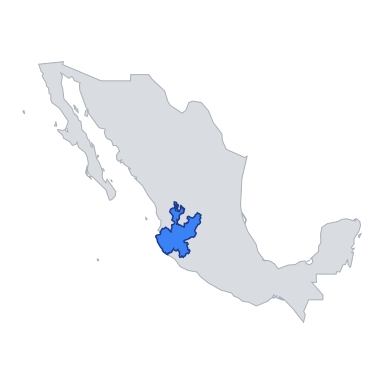 location of Jalisco within Mexico
{"feature_id": "MEX-2719", "entity_name": "Jalisco", "entity_type": "State", "adm_level": 1, "iso_a3": "MEX", "parent_name": "Mexico", "parent_adm1": "", "projection": "equal_earth", "projection_center": [-103.449, 20.863], "detail": "fine", "context": "in_parent", "style": "filled", "palette": "blue", "viewbox_px": 384, "rotation_deg": 0, "n_neighbors": 0, "source": "natural_earth", "source_scale": "10m", "svg_char_len": 9338}
<svg xmlns="http://www.w3.org/2000/svg" viewBox="0 0 384 384"><path d="M38.7,64.2L63.6,61.7L62.4,64.5L101.1,80.8L130.5,80.8L130.7,74.6L148.9,74.7L152.0,79.1L164.7,91.1L167.8,101.3L170.1,105.2L182.1,113.2L185.9,110.2L188.8,102.7L192.4,101.1L201.1,102.4L208.4,110.7L213.3,122.7L221.8,133.7L222.4,140.6L226.2,149.3L244.7,157.5L247.1,156.2L241.9,178.6L240.5,205.7L241.4,211.5L246.4,219.4L245.4,223.6L245.6,219.4L241.5,212.7L242.9,218.8L247.9,231.7L256.0,244.0L258.0,251.7L263.7,259.6L262.1,259.4L265.3,261.3L264.3,260.1L270.2,261.1L274.4,263.8L278.2,268.9L288.0,265.1L295.3,264.5L300.1,261.5L305.1,260.9L306.2,262.0L305.9,263.6L310.0,264.7L312.8,262.2L312.0,258.2L310.6,259.2L310.9,258.4L318.4,251.6L318.7,246.1L320.8,242.9L320.6,234.0L321.9,227.4L327.5,223.6L337.6,221.6L342.0,219.3L346.9,218.8L355.2,221.1L355.8,219.6L353.7,219.6L356.4,218.6L359.8,221.5L360.5,225.4L359.1,230.7L354.0,238.8L354.0,244.2L351.4,247.4L351.9,248.6L354.3,248.2L351.9,251.6L352.0,253.0L353.6,252.5L350.8,266.2L350.0,267.4L348.1,264.3L347.6,259.2L345.4,264.5L342.9,264.9L340.0,271.9L336.4,271.8L336.2,274.1L316.2,274.1L316.4,282.4L311.8,282.3L323.0,295.1L322.8,299.8L308.6,299.8L303.7,311.5L305.2,314.5L303.6,322.3L293.1,309.0L284.7,300.0L279.6,296.6L279.0,297.5L283.8,300.5L276.5,297.8L276.9,295.7L275.0,296.6L273.8,294.7L272.5,296.7L275.0,297.7L271.3,298.2L267.7,301.2L256.3,306.0L248.8,302.2L242.6,301.3L238.3,297.8L234.1,296.3L231.4,292.9L221.2,290.2L208.5,283.1L200.3,276.5L196.8,272.0L188.2,270.5L180.1,266.6L175.0,259.3L163.9,252.2L158.0,242.5L156.0,236.5L160.4,233.7L159.7,231.2L157.7,230.4L160.7,225.8L161.0,220.5L158.6,218.6L156.3,213.3L156.4,208.3L154.8,204.0L148.3,195.8L142.7,185.9L133.9,177.5L136.4,179.1L136.6,177.2L131.9,175.4L128.5,168.7L130.9,168.9L124.1,164.4L123.2,162.2L120.6,163.0L120.2,162.0L122.2,159.4L118.8,161.4L116.8,159.5L116.5,155.2L119.0,151.3L119.8,152.0L118.2,148.0L116.1,145.5L113.2,145.6L111.3,140.3L107.8,139.1L105.7,136.9L104.3,132.2L105.3,129.2L99.1,127.8L88.5,113.0L88.0,109.5L86.4,108.4L79.8,90.2L79.4,84.7L80.2,82.9L74.3,80.5L73.0,77.6L71.1,76.6L68.9,78.3L61.0,72.9L62.3,76.4L61.1,83.2L62.7,88.6L63.9,98.9L71.9,108.1L74.4,114.3L75.7,114.0L76.3,115.9L77.5,116.1L78.5,120.1L80.8,121.3L82.0,129.8L86.2,134.0L87.5,138.8L89.4,140.3L90.8,146.0L92.5,147.4L91.6,143.1L93.9,145.6L96.6,158.6L99.2,162.4L102.7,171.8L102.1,175.8L102.9,179.3L105.9,182.8L107.1,179.3L115.9,191.7L115.1,196.3L111.5,199.8L109.5,200.2L105.9,189.9L92.0,176.3L90.7,176.5L87.9,172.2L87.4,169.3L88.3,162.9L87.2,156.9L85.2,152.6L78.5,147.3L77.2,142.2L75.9,144.4L72.4,145.4L69.9,141.9L63.6,138.3L62.7,135.3L58.1,131.0L57.7,129.5L62.6,130.4L65.5,129.1L65.4,130.5L67.8,131.9L67.0,128.4L65.9,128.2L68.4,121.3L59.5,108.3L52.0,102.7L50.8,99.8L50.9,95.0L49.1,93.5L48.6,88.1L46.3,85.8L46.0,82.5L42.8,77.5L42.3,75.2L43.5,73.6L41.2,71.5L38.7,64.2ZM88.1,113.2L87.2,116.5L84.7,115.4L85.8,110.4L87.3,109.9L88.1,113.2ZM78.1,112.5L74.6,108.9L73.8,105.2L75.6,106.4L75.9,108.5L77.7,109.0L78.1,112.5ZM359.2,237.7L358.3,236.6L358.7,235.0L361.0,233.7L359.2,237.7ZM88.0,176.4L85.5,172.9L87.1,165.8L86.6,172.2L88.0,176.4ZM56.4,126.3L54.5,125.8L55.9,122.1L56.7,124.9L56.4,126.3ZM24.6,114.1L23.0,111.7L23.4,110.6L24.0,110.7L24.6,114.1ZM90.1,176.5L91.6,179.3L88.4,176.6L90.1,176.5ZM147.1,218.7L146.7,219.9L145.9,219.4L145.6,217.5L147.1,218.7ZM103.8,169.3L104.3,171.5L102.7,168.7L103.8,169.3ZM97.8,155.1L98.7,156.0L97.3,158.0L97.8,155.1ZM98.7,260.5L98.0,260.8L97.1,259.9L97.9,258.7L98.7,260.5ZM308.6,261.0L306.9,261.5L309.9,260.3L308.6,261.0ZM112.1,181.6L111.2,181.4L111.1,179.3L112.1,181.6Z" fill="#d9dde1" stroke="#a8b0b8" stroke-width="1"/><path d="M167.6,254.6L167.1,254.4L166.7,254.2L166.5,253.7L166.2,253.6L166.1,253.4L165.4,253.5L165.3,253.4L165.4,252.6L165.3,252.4L165.2,252.4L164.8,252.6L164.6,252.5L163.6,252.1L163.3,251.7L163.0,251.4L162.9,250.7L162.8,250.4L162.4,250.2L162.5,249.8L162.5,249.6L162.3,249.3L162.2,248.5L161.9,248.2L161.5,248.2L160.5,247.0L160.0,246.2L159.4,245.0L159.1,244.6L159.0,244.3L158.6,243.8L158.4,243.5L158.2,242.9L157.5,241.7L157.3,240.8L157.3,240.2L157.2,239.2L156.8,238.6L156.4,237.8L156.1,237.6L155.7,236.2L155.8,236.0L157.0,235.0L157.5,235.0L158.3,235.0L158.6,234.8L159.7,234.7L160.0,234.4L160.1,234.1L160.4,234.0L160.6,233.6L160.7,233.4L160.7,232.9L160.5,232.6L160.2,232.4L160.1,232.2L160.4,232.0L160.6,231.5L161.1,230.6L161.9,229.2L162.2,228.8L162.6,228.5L162.8,228.5L162.9,228.8L163.0,228.8L163.2,228.6L163.5,228.7L164.1,228.6L164.6,228.2L165.0,227.7L165.5,227.3L165.9,227.3L166.2,227.4L167.2,228.5L167.4,228.7L168.2,228.8L168.4,228.9L168.9,229.8L169.1,230.0L169.8,230.6L170.0,230.8L170.3,231.3L171.0,231.8L171.0,231.5L171.0,230.5L171.2,229.6L171.8,228.0L171.8,227.7L171.9,226.6L171.8,226.0L171.7,225.1L171.9,224.7L172.4,224.6L173.2,224.6L173.5,224.5L173.7,224.4L174.4,223.4L174.5,223.2L174.5,222.5L174.6,222.3L174.7,222.1L173.3,221.1L171.8,220.0L172.3,219.3L172.4,218.9L172.7,217.5L173.1,216.2L172.4,215.2L171.8,214.3L170.1,212.4L169.9,212.1L169.8,211.8L170.6,209.3L172.2,208.3L172.7,208.1L173.8,208.0L174.5,207.8L174.6,207.7L174.9,206.0L174.9,205.7L174.3,205.0L174.2,204.8L174.3,201.9L176.5,202.5L176.4,203.5L176.3,204.1L176.2,204.4L175.8,204.7L175.7,204.9L175.8,205.8L175.7,206.0L175.3,206.3L175.3,206.5L175.6,207.2L175.6,207.4L175.3,208.1L175.3,208.4L175.3,208.9L175.4,209.8L175.6,210.4L175.7,210.5L176.7,205.0L176.9,204.4L177.1,204.3L177.2,204.5L178.0,204.6L177.9,205.1L178.0,205.2L178.3,205.4L178.4,205.5L178.3,205.9L178.1,206.1L177.9,206.8L177.5,208.4L177.5,208.6L177.8,209.6L177.8,209.9L177.6,210.7L177.6,211.1L177.8,211.4L178.0,211.4L178.3,211.4L178.7,210.9L178.8,210.9L179.3,211.0L179.5,211.3L179.6,211.1L179.9,210.0L180.1,209.6L180.5,209.3L180.6,208.7L180.7,208.3L181.0,208.0L181.1,207.9L180.7,207.6L180.6,207.4L180.3,207.1L180.6,206.3L180.9,205.6L182.3,207.0L182.9,207.6L183.0,207.7L182.9,208.4L183.5,208.2L183.8,208.3L183.9,208.8L184.3,208.7L184.5,208.9L184.4,209.4L184.1,210.3L183.9,210.4L183.5,210.6L183.5,211.0L183.8,211.1L184.0,211.3L184.0,211.6L183.9,212.0L183.5,212.3L183.2,213.1L183.1,213.3L182.7,213.4L182.1,213.2L181.8,213.3L181.5,213.8L181.4,213.9L180.8,214.0L180.6,214.1L179.2,215.7L179.1,216.1L179.3,216.9L179.3,217.5L179.3,218.9L179.1,219.1L178.8,219.2L178.5,219.5L178.2,220.3L178.0,220.5L177.7,220.5L177.0,220.0L177.2,221.0L177.3,222.0L177.3,222.5L177.2,222.8L176.8,223.3L176.8,224.1L176.8,224.3L177.0,224.3L177.6,223.8L177.9,223.7L178.0,223.9L178.2,224.5L178.3,224.7L178.5,224.8L179.2,224.7L179.4,224.7L179.9,225.2L180.1,225.3L180.6,225.2L180.8,225.3L182.4,226.4L182.8,226.6L183.2,226.5L183.5,226.5L184.0,227.0L184.3,226.9L184.4,226.5L184.4,225.8L184.3,223.7L184.4,223.4L184.7,223.4L185.2,223.5L185.5,223.6L185.8,223.5L186.2,223.3L186.7,222.7L186.9,222.6L187.1,222.8L187.0,223.2L187.0,223.3L187.4,223.1L187.4,222.7L187.7,222.2L187.8,222.1L188.2,222.0L188.3,221.8L188.7,220.5L188.9,219.8L188.8,219.3L188.6,219.2L188.2,219.2L187.6,218.8L187.3,218.8L187.2,218.5L187.3,218.1L187.5,216.7L188.2,216.4L188.6,216.3L188.9,216.4L189.4,216.7L190.2,217.3L190.7,217.5L192.6,217.9L192.9,217.8L193.2,217.7L193.5,217.5L194.1,216.8L194.9,216.4L195.0,216.1L195.1,215.3L195.2,215.0L195.4,214.8L195.7,214.7L196.1,214.2L196.6,213.9L196.9,213.7L197.4,212.8L197.5,212.9L198.3,213.6L198.5,213.7L199.0,213.6L199.3,213.7L199.8,214.1L200.3,214.8L200.5,214.8L200.8,214.9L200.9,215.4L200.5,215.9L200.3,216.3L200.2,216.6L200.3,217.0L200.8,217.9L200.7,218.3L199.9,219.1L199.6,219.5L199.7,220.1L200.3,221.4L200.4,221.7L200.4,222.0L200.4,222.5L200.2,223.0L199.9,223.3L199.3,224.1L199.0,224.2L198.2,224.2L198.1,224.4L197.8,225.0L197.3,225.4L197.0,226.2L196.3,227.3L195.3,229.4L194.8,230.6L194.7,231.1L194.8,231.5L195.1,231.9L195.7,232.5L196.0,232.8L196.0,233.0L196.1,233.6L196.0,234.0L195.1,235.3L194.7,236.3L194.7,236.5L193.8,237.0L193.4,237.0L193.2,237.2L192.6,236.9L191.2,237.1L190.4,237.6L190.2,237.7L190.2,237.9L190.1,238.0L189.4,238.3L189.0,238.7L188.7,238.9L188.4,239.0L187.9,239.0L187.6,239.1L187.3,239.4L184.8,240.2L184.4,240.4L184.1,240.6L184.0,240.9L184.1,241.8L184.1,242.2L184.4,242.4L184.5,242.6L184.8,242.5L185.7,242.3L186.2,242.7L186.9,242.7L187.5,242.8L187.6,243.0L187.5,243.6L187.9,243.9L188.1,244.2L187.9,244.5L187.6,244.6L187.3,244.6L187.0,244.7L186.9,245.2L187.0,246.1L187.2,246.7L187.3,247.0L187.5,247.2L187.6,247.6L187.8,248.0L187.7,249.2L187.7,249.8L188.1,249.9L189.2,249.6L189.3,249.7L189.4,250.3L189.6,250.7L189.9,250.9L189.9,251.1L189.4,251.6L189.3,251.8L189.3,252.2L188.7,253.4L188.5,253.5L188.4,253.2L188.2,253.1L187.9,253.0L187.7,253.0L187.4,253.0L187.2,253.4L186.7,253.6L186.2,253.8L185.8,254.2L185.6,254.5L185.5,255.3L185.3,255.7L185.1,255.9L184.2,256.3L183.6,256.7L183.5,257.2L183.3,257.4L183.1,257.3L182.8,256.7L182.7,256.5L182.3,256.6L182.0,256.1L181.9,256.0L181.7,256.0L181.6,256.3L181.4,256.7L181.2,257.1L180.0,257.1L179.8,257.2L179.6,256.5L179.3,255.8L179.2,255.4L179.6,253.9L179.4,252.8L179.6,252.4L179.6,252.2L179.1,251.8L178.9,251.3L178.8,251.1L178.4,250.8L178.0,249.6L177.9,249.4L177.6,249.6L177.2,250.3L176.9,250.5L176.2,250.6L176.1,250.9L175.9,250.9L174.8,250.4L173.5,249.4L173.5,248.9L172.6,250.1L172.5,250.3L172.4,250.9L172.1,251.1L172.0,251.3L171.8,251.9L171.7,252.1L171.3,252.1L171.1,252.1L170.6,252.5L169.9,252.8L169.6,252.6L169.0,252.9L169.0,253.2L169.0,253.3L168.9,253.4L168.6,253.1L168.3,253.0L168.2,253.1L168.1,253.6L167.6,254.2L167.6,254.6Z" fill="#3b82f6" stroke="#1e3a8a" stroke-width="1.5"/></svg>